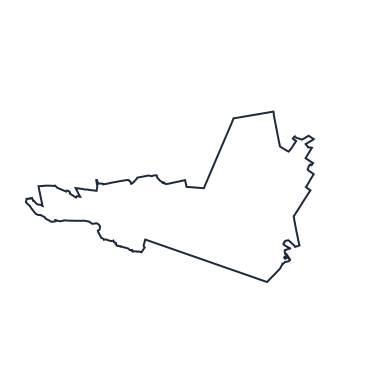 the district of Babītes pag., Babites, Latvia, rotated 222°
{"feature_id": "27541924B20304817585286", "entity_name": "Babītes pag.", "entity_type": "district", "adm_level": 2, "iso_a3": "LVA", "parent_name": "Latvia", "parent_adm1": "Babites", "projection": "albers", "projection_center": [23.861, 56.895], "detail": "fine", "context": "isolated", "style": "outline", "palette": "slate", "viewbox_px": 384, "rotation_deg": 222, "n_neighbors": 0, "source": "geoboundaries", "source_scale": "gbopen_adm2", "svg_char_len": 5450}
<svg xmlns="http://www.w3.org/2000/svg" viewBox="0 0 384 384"><g transform="rotate(222 192 192)"><path d="M76.4,224.2L80.4,227.0L83.7,229.5L83.9,229.6L84.3,229.8L86.2,231.3L87.9,232.5L88.4,232.9L91.7,235.4L95.7,238.5L97.9,240.1L98.1,240.5L100.2,242.0L100.1,242.4L100.4,243.7L101.4,250.1L102.7,257.7L102.8,257.9L102.9,258.7L103.4,261.6L103.7,263.5L103.8,264.5L104.2,266.9L104.6,269.0L105.1,272.5L110.6,271.8L110.7,272.4L110.8,273.2L111.0,274.0L111.4,276.1L112.1,279.3L113.2,285.2L113.2,285.5L113.4,286.7L113.7,286.7L117.6,286.2L118.7,286.1L119.8,285.9L120.1,285.9L121.2,286.2L121.9,288.1L122.7,289.8L122.5,291.7L121.1,291.9L121.4,294.5L122.3,294.3L130.2,293.1L132.5,305.1L133.9,304.2L135.7,302.9L135.9,303.1L139.6,303.6L138.4,307.7L137.8,309.4L137.4,310.5L137.0,312.1L136.9,312.8L143.0,311.8L145.2,304.7L145.3,304.5L145.8,304.3L146.6,304.0L148.6,303.1L149.8,302.6L151.8,301.8L152.7,301.8L152.8,301.9L152.9,301.6L153.0,300.9L152.9,300.1L152.7,299.1L152.2,299.1L148.8,299.7L148.7,299.6L148.0,294.7L147.9,294.2L147.3,290.4L147.2,286.7L148.9,286.2L152.4,285.5L154.3,285.2L156.9,284.7L157.1,284.7L157.2,284.8L161.6,288.0L164.7,290.4L167.6,292.5L169.6,294.1L170.3,294.6L171.2,295.2L172.2,296.0L172.7,296.4L172.8,296.4L172.8,296.5L173.7,297.2L173.8,297.2L174.4,297.7L175.8,298.7L177.0,299.6L177.2,299.8L179.1,301.2L179.9,301.8L180.8,302.5L183.2,304.3L183.4,304.8L183.5,304.9L183.7,305.1L185.3,306.2L210.4,274.5L208.1,268.2L196.9,235.3L186.7,205.6L185.7,202.8L199.5,192.2L205.1,196.2L207.6,192.7L208.6,191.4L208.4,191.5L211.7,187.1L214.8,182.7L215.8,181.5L216.4,180.6L218.3,180.0L218.5,180.3L218.8,180.3L219.3,180.2L219.5,179.9L219.5,179.4L219.5,179.2L220.0,179.1L220.6,179.4L220.7,179.5L220.8,179.4L221.7,179.2L221.8,179.2L222.4,179.1L222.5,179.1L223.2,179.0L223.5,179.0L224.4,179.1L226.5,179.3L227.1,179.3L227.3,179.4L228.5,180.2L229.4,180.7L231.6,178.6L232.5,176.8L235.3,175.2L241.9,166.5L242.2,166.2L242.0,164.7L241.9,163.8L241.9,163.2L242.0,162.1L242.0,160.9L242.1,158.9L242.2,158.6L242.2,158.4L242.3,158.2L242.4,157.8L242.5,157.6L242.7,157.3L242.8,157.3L243.1,157.6L243.4,157.8L243.6,158.0L243.8,158.1L244.0,158.2L244.3,158.3L244.9,158.4L246.6,158.5L246.6,158.2L247.9,157.9L250.2,155.1L252.9,151.7L258.9,143.9L259.7,142.6L263.0,138.3L263.4,138.6L263.9,138.4L265.8,137.0L266.2,136.5L267.1,135.5L269.8,136.6L270.1,136.9L270.5,137.3L271.1,136.7L265.9,132.6L264.4,130.2L263.9,129.4L263.7,129.0L264.6,128.4L264.7,128.5L265.0,128.2L265.3,127.9L267.3,126.5L268.0,126.0L269.4,125.0L270.8,124.2L272.9,122.6L273.8,121.8L274.9,121.3L276.3,120.4L279.0,118.5L281.0,117.1L278.5,116.1L277.2,115.5L272.0,113.6L272.5,113.3L274.1,112.3L274.4,112.2L274.8,111.8L274.5,110.2L276.6,109.9L281.7,109.1L282.3,109.9L282.6,110.2L284.9,110.0L285.9,109.4L285.7,108.2L294.0,105.3L295.1,105.0L298.0,105.1L298.0,104.8L298.7,104.1L300.4,102.7L300.9,102.5L301.8,101.7L303.1,100.5L303.7,100.0L306.3,97.4L307.6,95.9L309.9,93.6L307.6,91.8L302.7,88.2L298.9,85.4L296.4,83.6L294.0,81.8L293.7,81.6L294.0,81.5L294.2,81.4L294.8,81.4L295.3,81.3L295.9,81.2L296.1,81.1L296.4,80.9L296.6,80.8L297.5,80.0L297.8,79.8L298.1,79.6L298.5,79.5L298.9,79.4L299.4,79.4L299.6,79.3L300.2,79.2L303.5,79.7L304.1,79.1L305.0,79.8L305.8,79.8L306.8,80.5L307.7,79.0L308.0,79.2L308.6,78.6L309.1,77.2L309.4,77.0L310.4,76.2L309.6,75.0L309.0,74.1L308.9,73.9L308.6,73.3L308.5,73.2L305.7,73.1L303.2,73.1L300.7,72.4L297.6,71.9L293.5,71.2L290.6,72.2L289.3,73.5L284.6,74.7L282.8,74.3L281.4,74.7L280.6,74.8L278.7,75.4L278.1,75.3L277.4,75.5L277.2,75.5L276.1,76.2L275.3,77.1L273.8,79.0L274.7,79.7L273.6,80.3L272.4,80.9L271.2,81.5L270.5,81.9L270.1,82.4L269.9,82.6L268.3,84.9L267.9,85.6L265.5,87.3L265.2,87.6L264.0,88.6L262.2,90.2L260.0,92.1L259.8,92.2L254.9,96.6L253.0,98.5L250.7,99.9L248.8,101.1L248.4,101.2L245.2,101.5L244.8,101.7L244.4,102.1L244.1,102.4L243.5,103.1L242.3,104.6L240.7,105.4L239.3,105.3L239.0,105.4L237.3,104.9L235.5,102.3L236.1,100.2L235.1,99.6L229.8,97.6L228.7,97.2L227.9,97.6L227.6,97.6L226.3,97.8L225.5,97.5L224.7,98.8L224.5,99.0L222.7,99.8L220.8,100.6L219.6,101.2L218.2,102.6L217.9,103.3L216.3,102.5L216.2,102.5L214.5,103.3L214.2,102.8L213.9,102.1L212.8,102.3L212.1,101.8L210.8,102.6L210.7,102.5L210.3,102.8L209.4,103.4L209.2,103.5L208.7,103.4L208.4,103.6L208.4,104.1L207.2,104.5L206.3,105.0L205.5,105.3L204.6,105.8L204.3,106.0L204.0,106.2L202.7,106.8L201.2,107.4L199.7,107.2L198.5,107.8L198.6,108.0L197.8,108.9L197.3,108.7L196.9,108.5L196.6,108.0L195.8,108.3L195.8,108.8L195.2,109.4L194.0,110.3L192.9,110.9L192.4,111.2L191.9,112.2L191.7,112.3L190.9,112.6L190.2,112.9L189.6,113.1L189.2,113.4L190.0,118.6L190.0,119.0L190.5,119.2L191.1,119.2L191.4,119.3L191.8,119.5L192.1,119.8L192.3,120.3L192.6,120.7L192.7,121.0L194.6,124.6L194.9,125.4L76.0,175.3L75.3,193.5L75.3,193.8L75.7,195.6L75.8,195.7L76.1,196.9L76.5,198.9L76.7,199.2L76.3,199.3L76.2,199.4L76.0,202.3L75.9,202.5L74.6,203.9L73.9,205.1L73.6,206.4L73.7,207.3L75.1,207.7L75.3,207.3L75.7,207.4L75.6,207.9L78.6,208.6L78.7,207.6L77.2,207.3L77.6,206.0L78.8,206.3L78.7,205.4L78.4,205.3L78.3,204.7L79.7,205.0L79.8,205.9L79.6,206.5L79.4,207.8L79.1,208.4L79.2,208.8L80.6,209.1L81.6,208.4L82.7,209.3L84.1,210.8L83.3,212.3L81.8,214.8L81.3,215.7L81.5,215.8L83.8,215.2L84.6,215.0L84.6,214.9L85.4,214.8L86.2,214.7L86.9,214.4L87.9,214.4L88.6,214.3L89.4,214.6L89.8,217.4L90.0,217.4L90.0,218.1L88.1,220.6L86.5,220.7L82.3,220.6L81.4,220.6L79.1,220.6L78.8,220.2L78.7,220.3L78.0,221.4L77.3,222.4L77.3,222.5L76.4,224.2Z" fill="none" stroke="#1e293b" stroke-width="2"/></g></svg>